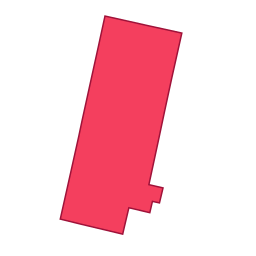 outline of Howard, Indiana, United States of America, rotated 283°
{"feature_id": "52423323B16431828353602", "entity_name": "Howard", "entity_type": "district", "adm_level": 2, "iso_a3": "USA", "parent_name": "United States of America", "parent_adm1": "Indiana", "projection": "robinson", "projection_center": [-86.172, 40.47], "detail": "fine", "context": "isolated", "style": "filled", "palette": "rose", "viewbox_px": 256, "rotation_deg": 283, "n_neighbors": 0, "source": "geoboundaries", "source_scale": "gbopen_adm2", "svg_char_len": 415}
<svg xmlns="http://www.w3.org/2000/svg" viewBox="0 0 256 256"><g transform="rotate(283 128 128)"><path d="M24.0,82.5L23.7,104.1L23.4,146.7L31.1,146.7L50.5,146.8L50.4,168.3L62.0,168.3L62.1,175.5L77.5,175.6L77.5,161.1L124.7,160.4L151.7,159.9L186.4,159.4L232.6,159.1L232.2,123.5L231.9,80.4L201.3,80.8L171.0,81.1L124.5,81.6L109.2,81.9L70.1,82.2L24.0,82.5Z" fill="#f43f5e" stroke="#9f1239" stroke-width="1.5"/></g></svg>